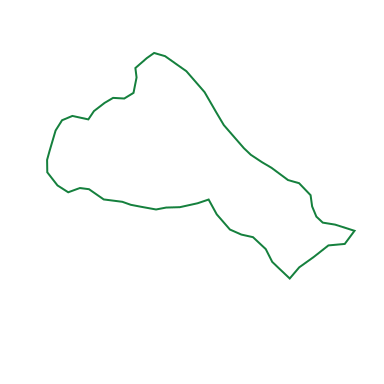 the district of Vasili, Cyprus, rotated 139°
{"feature_id": "46923920B59357153035483", "entity_name": "Vasili", "entity_type": "district", "adm_level": 2, "iso_a3": "CYP", "parent_name": "Cyprus", "parent_adm1": "", "projection": "robinson", "projection_center": [34.16, 35.461], "detail": "fine", "context": "isolated", "style": "outline", "palette": "green", "viewbox_px": 384, "rotation_deg": 139, "n_neighbors": 0, "source": "geoboundaries", "source_scale": "gbopen_adm2", "svg_char_len": 908}
<svg xmlns="http://www.w3.org/2000/svg" viewBox="0 0 384 384"><g transform="rotate(139 192 192)"><path d="M94.8,56.1L105.4,73.5L113.4,83.1L114.3,91.8L110.8,102.3L104.6,111.8L105.4,128.4L111.7,138.0L116.1,158.0L119.6,168.5L123.2,181.5L124.1,191.1L124.1,205.9L124.1,221.6L121.4,236.4L117.0,259.1L117.0,275.6L117.0,286.9L119.6,297.4L123.2,312.2L129.4,321.8L138.3,322.7L153.4,322.7L158.7,314.8L171.1,305.2L181.8,307.0L189.8,314.8L199.5,316.6L212.9,317.4L222.6,314.8L232.4,327.9L243.0,331.4L254.6,327.9L272.3,316.6L280.3,311.3L288.3,301.8L289.2,285.2L285.6,273.0L274.1,268.6L267.9,261.7L263.5,244.3L251.0,230.3L246.6,222.5L240.4,214.6L230.6,202.4L221.7,197.2L211.1,188.5L195.1,179.8L184.4,175.4L188.0,158.9L188.0,147.6L188.0,138.8L182.7,127.5L175.6,117.9L173.8,100.5L177.3,86.6L176.5,77.9L175.0,62.6L160.5,64.8L142.7,63.1L124.1,62.2L110.8,52.6L94.8,56.1Z" fill="none" stroke="#15803d" stroke-width="2"/></g></svg>